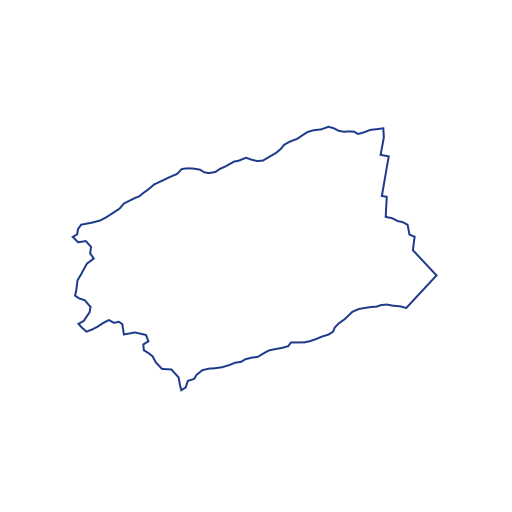 the district of Douradina, Mato Grosso do Sul, Brazil, rotated 230°
{"feature_id": "56859067B6563900409814", "entity_name": "Douradina", "entity_type": "district", "adm_level": 2, "iso_a3": "BRA", "parent_name": "Brazil", "parent_adm1": "Mato Grosso do Sul", "projection": "albers", "projection_center": [-54.58, -22.015], "detail": "fine", "context": "isolated", "style": "outline", "palette": "blue", "viewbox_px": 512, "rotation_deg": 230, "n_neighbors": 0, "source": "geoboundaries", "source_scale": "gbopen_adm2", "svg_char_len": 1989}
<svg xmlns="http://www.w3.org/2000/svg" viewBox="0 0 512 512"><g transform="rotate(230 256 256)"><path d="M388.4,127.9L380.9,128.5L376.8,135.2L369.0,135.5L364.6,130.6L358.3,130.1L358.9,121.8L356.1,114.4L354.4,110.3L352.1,103.6L345.0,96.0L342.0,91.9L337.4,93.2L332.1,96.4L323.3,96.5L319.9,92.4L317.0,82.3L318.1,76.4L313.0,76.6L307.0,77.5L305.1,83.0L303.8,88.7L302.9,95.9L301.5,102.1L296.0,104.3L293.9,108.6L289.8,109.8L280.8,104.4L277.5,110.1L275.3,114.1L266.3,120.9L259.8,118.8L260.7,112.8L255.9,109.5L250.4,111.3L245.8,112.3L238.9,110.9L229.9,111.4L223.5,118.2L212.8,118.7L206.0,114.8L201.2,112.5L200.5,117.6L204.1,123.5L201.6,129.7L203.2,134.1L203.0,141.5L200.0,147.5L197.0,151.5L192.6,158.5L189.6,165.4L187.6,171.6L184.6,176.3L183.7,181.6L180.8,187.5L177.6,192.5L176.5,199.4L175.4,205.1L172.9,209.8L168.9,216.8L166.2,222.8L167.3,227.2L162.8,232.6L158.8,237.4L156.3,242.1L154.0,248.0L151.6,255.4L149.2,261.0L148.5,266.4L150.6,270.4L151.2,276.0L150.6,283.1L151.0,289.3L151.3,294.0L149.4,300.4L146.5,305.6L142.5,312.1L139.8,315.6L138.0,320.3L134.7,325.0L130.2,328.7L124.6,334.2L119.6,337.7L125.1,381.8L159.6,379.9L168.8,389.9L173.7,387.3L182.5,392.2L187.9,390.0L191.3,387.2L197.6,384.5L202.6,380.5L217.3,394.2L221.1,391.0L247.0,421.7L253.4,416.5L264.7,430.2L272.0,435.6L275.4,430.2L279.1,424.7L281.6,417.5L284.0,412.5L288.1,411.1L291.7,407.3L294.6,403.3L298.6,399.9L304.0,397.6L308.4,394.6L311.1,387.3L315.3,381.0L317.8,375.3L318.7,368.8L319.2,363.2L322.1,354.7L323.1,349.0L322.1,344.4L322.1,337.4L323.6,329.2L324.6,322.7L327.9,318.0L332.5,314.6L337.6,311.6L340.1,304.1L342.4,299.9L343.3,295.2L344.3,290.0L345.9,284.5L346.5,278.8L349.8,273.1L353.5,270.1L358.1,268.6L363.8,263.7L367.7,259.2L370.3,255.0L369.6,248.3L371.9,240.8L374.1,232.1L376.3,223.9L376.2,216.8L376.7,210.4L376.7,205.2L378.4,199.9L379.9,193.7L381.1,188.4L380.0,182.1L380.9,174.3L382.0,165.6L383.4,159.4L387.1,151.6L392.4,142.1L391.0,136.9L387.5,132.9L388.4,127.9Z" fill="none" stroke="#1e3a8a" stroke-width="2"/></g></svg>